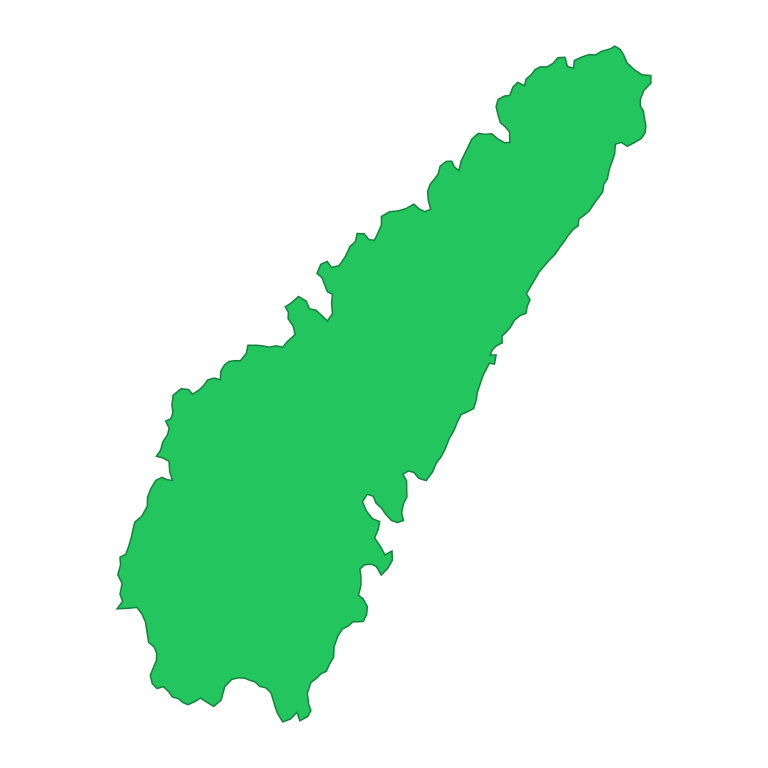 São Sebastião do Alto, Rio de Janeiro, Brazil
{"feature_id": "56859067B52914728547014", "entity_name": "São Sebastião do Alto", "entity_type": "district", "adm_level": 2, "iso_a3": "BRA", "parent_name": "Brazil", "parent_adm1": "Rio de Janeiro", "projection": "equal_earth", "projection_center": [-42.093, -21.876], "detail": "fine", "context": "isolated", "style": "filled", "palette": "green", "viewbox_px": 768, "rotation_deg": 0, "n_neighbors": 0, "source": "geoboundaries", "source_scale": "gbopen_adm2", "svg_char_len": 3832}
<svg xmlns="http://www.w3.org/2000/svg" viewBox="0 0 768 768"><path d="M117.1,608.8L123.5,608.5L129.6,608.2L136.8,607.4L141.9,613.9L145.5,622.1L148.6,642.2L154.3,647.2L156.7,653.7L156.4,660.5L152.9,668.8L150.3,675.2L152.2,683.5L157.0,688.5L163.4,686.7L168.7,691.7L172.3,696.9L178.4,698.6L182.9,702.6L188.0,704.7L194.5,701.8L200.5,698.1L206.8,702.2L213.7,706.4L221.2,700.0L224.7,686.7L231.6,679.5L237.8,677.9L244.5,678.1L249.5,680.2L254.9,681.8L259.7,686.4L265.8,687.8L270.9,692.8L272.9,699.0L274.8,705.8L277.4,713.2L282.7,721.9L290.5,719.0L297.0,712.3L299.8,720.8L307.6,716.6L310.9,710.7L308.7,704.3L307.3,693.3L310.9,682.5L316.4,678.4L321.0,673.8L326.3,671.3L329.5,664.2L333.6,657.3L334.1,646.5L337.9,636.0L342.3,629.1L348.8,625.7L352.9,621.8L357.9,621.8L363.3,621.4L366.7,614.5L367.3,606.4L363.0,598.8L358.5,595.2L360.9,585.8L360.9,575.9L359.9,569.0L364.7,564.7L371.5,564.3L376.4,566.5L381.2,575.1L388.1,567.9L392.4,560.1L392.0,551.0L384.9,554.9L380.4,546.4L374.6,537.9L378.2,529.5L379.7,521.6L372.4,518.7L366.5,511.1L362.5,501.9L367.1,494.3L373.2,496.2L375.9,502.9L382.0,508.8L385.8,514.5L391.5,520.5L397.5,522.6L403.5,520.5L401.6,512.7L403.5,503.6L406.9,497.1L406.7,489.0L406.6,480.8L402.8,474.2L408.3,471.0L413.9,472.4L418.7,478.3L426.2,480.6L432.7,471.7L436.3,463.0L441.2,456.7L445.4,448.5L449.2,438.7L453.7,431.1L457.0,422.9L461.0,414.6L466.7,412.1L473.6,408.6L476.3,399.9L477.3,392.6L480.2,383.8L483.5,374.4L486.4,369.0L489.4,363.2L494.5,364.1L496.1,355.0L490.1,355.0L492.7,349.3L496.8,345.6L502.3,342.8L501.9,336.2L506.0,332.3L510.3,327.4L514.6,320.1L520.2,315.5L526.0,313.4L527.2,306.4L530.0,299.7L526.4,293.7L531.0,286.0L535.4,278.6L539.0,272.1L544.0,266.3L548.9,260.5L555.0,254.4L559.8,247.2L563.6,242.3L568.3,235.3L573.0,229.6L578.2,225.7L578.9,219.0L583.7,215.6L589.5,210.6L593.4,204.5L597.9,198.4L602.7,191.9L603.8,184.1L607.3,179.1L609.3,169.3L612.1,161.4L614.7,153.9L615.3,144.2L621.5,142.4L627.3,146.3L634.1,142.8L641.3,138.5L645.0,133.0L645.9,126.2L644.4,117.6L643.4,111.0L640.3,106.0L640.3,99.3L644.0,90.2L650.9,83.2L650.9,75.5L642.1,74.9L634.6,69.9L627.1,63.0L623.7,55.0L620.4,49.6L614.8,46.1L610.2,48.9L601.4,51.4L595.3,55.0L589.1,54.6L581.6,57.1L574.3,60.5L573.6,68.1L567.4,66.5L565.0,57.3L557.9,57.6L553.1,63.3L547.1,66.9L540.0,66.9L535.0,69.7L531.4,74.5L526.1,79.1L524.5,85.7L517.7,82.3L512.9,87.1L509.8,95.4L504.2,96.1L498.0,99.6L496.1,106.4L498.0,114.7L500.4,122.7L505.0,126.6L509.5,131.9L509.8,142.4L504.5,142.7L498.2,139.2L491.7,133.7L485.7,134.4L478.2,133.4L471.7,139.2L466.9,149.3L461.3,160.7L458.9,170.7L454.3,166.8L451.7,161.2L446.2,161.4L440.2,166.1L438.0,174.3L434.2,179.3L430.3,184.1L427.6,191.2L428.3,200.6L430.7,209.2L424.9,211.7L419.0,208.9L413.9,204.1L405.7,208.7L397.5,211.0L389.5,211.7L381.4,216.4L381.4,225.0L377.7,233.5L374.5,240.1L369.1,239.8L364.1,233.7L357.1,233.5L355.5,241.5L350.1,246.3L345.3,256.6L339.2,265.6L331.5,267.4L327.2,261.4L320.7,264.4L317.0,273.5L322.1,277.7L324.4,284.2L327.4,291.7L332.4,294.4L331.5,303.4L332.5,313.4L327.4,321.0L322.1,315.9L315.8,310.1L309.5,308.9L306.2,301.1L298.5,296.5L290.7,303.4L285.2,306.8L288.3,311.9L288.1,318.7L293.2,326.3L295.1,334.6L287.5,341.4L282.7,347.2L276.0,345.8L269.3,347.2L263.7,346.0L257.0,345.3L247.9,345.3L246.4,353.3L240.4,360.7L234.8,360.7L229.1,361.4L224.6,364.8L220.8,371.1L220.3,379.8L214.6,378.1L207.8,379.8L203.7,385.6L198.9,390.1L192.5,394.2L188.7,389.6L181.0,388.7L173.1,395.3L171.9,404.9L172.9,412.9L170.7,418.9L165.7,421.0L169.2,428.2L167.6,434.7L163.0,441.5L160.6,450.1L156.4,456.3L163.2,458.1L169.0,461.3L169.7,471.7L172.4,480.4L167.0,479.7L162.0,477.4L155.8,480.4L150.9,488.6L147.5,497.1L147.3,506.2L141.7,516.3L134.9,522.0L133.1,528.8L131.6,536.3L128.8,546.0L125.8,554.2L120.0,557.2L120.5,565.1L117.8,574.8L122.1,583.5L120.0,594.2L122.6,601.4L117.1,608.8Z" fill="#22c55e" stroke="#15803d" stroke-width="1.5"/></svg>